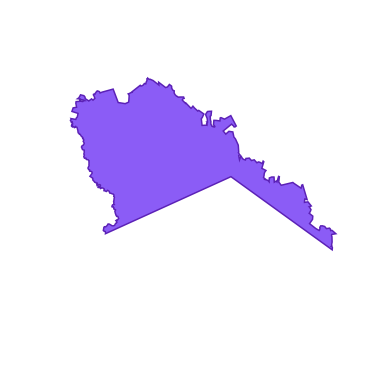 La Trinitaria, Chiapas, Mexico (orthographic projection), rotated 36°
{"feature_id": "50627088B54619766562201", "entity_name": "La Trinitaria", "entity_type": "district", "adm_level": 2, "iso_a3": "MEX", "parent_name": "Mexico", "parent_adm1": "Chiapas", "projection": "orthographic", "projection_center": [-91.937, 15.979], "detail": "fine", "context": "isolated", "style": "filled", "palette": "violet", "viewbox_px": 384, "rotation_deg": 36, "n_neighbors": 0, "source": "geoboundaries", "source_scale": "gbopen_adm2", "svg_char_len": 5898}
<svg xmlns="http://www.w3.org/2000/svg" viewBox="0 0 384 384"><g transform="rotate(36 192 192)"><path d="M291.6,131.8L289.1,134.3L287.6,131.9L287.4,131.2L289.6,130.5L277.3,121.1L276.7,122.1L277.1,122.5L277.9,124.8L269.0,125.1L268.0,125.0L260.2,134.1L256.4,133.0L253.7,128.3L252.9,128.5L254.8,133.9L253.7,133.6L252.8,135.7L249.6,131.7L248.9,132.1L247.4,133.3L247.0,134.2L246.3,135.1L247.6,137.3L248.4,138.4L246.5,138.0L243.6,139.0L243.8,138.4L241.4,138.3L240.5,136.1L239.8,135.0L239.3,133.7L239.2,133.0L239.2,131.1L234.6,131.8L232.3,125.3L231.4,125.2L232.1,127.7L229.3,128.1L228.1,128.6L227.3,130.2L223.4,129.4L221.6,131.6L218.4,130.9L216.8,132.4L215.9,133.1L216.4,134.7L215.3,135.1L214.2,135.3L212.9,135.2L212.0,134.7L210.3,134.1L211.5,138.0L208.4,135.1L208.8,133.9L206.4,132.9L206.4,132.3L201.9,126.9L196.3,123.7L195.5,123.4L193.6,122.9L189.7,119.4L186.2,121.2L185.3,125.3L181.4,124.3L184.1,113.9L187.0,114.2L187.5,114.6L188.5,114.2L189.0,112.6L178.5,107.4L175.5,113.9L171.7,114.8L171.3,115.5L172.8,118.1L169.4,119.9L167.6,121.2L169.9,125.1L170.6,125.1L171.9,125.5L172.1,125.9L171.9,126.3L169.6,127.1L167.4,126.0L166.6,125.0L165.9,123.9L164.5,122.8L162.2,120.0L162.5,119.0L160.3,115.2L158.5,116.6L157.2,117.8L157.4,121.3L161.2,123.7L163.3,126.2L163.1,126.4L163.3,126.4L163.5,126.6L163.4,126.9L163.2,127.0L163.3,127.2L163.7,127.1L164.1,128.2L163.9,128.3L164.0,128.4L164.6,128.7L164.5,129.0L164.8,129.3L164.3,129.5L161.0,132.2L156.5,127.3L156.5,125.5L155.7,121.9L149.5,122.0L149.1,123.1L144.7,122.6L142.3,122.0L142.2,123.0L142.3,123.4L142.0,124.9L134.7,123.6L134.7,124.1L130.3,123.4L129.9,122.9L129.9,122.6L130.1,121.5L130.6,120.9L129.4,120.1L126.1,122.5L125.8,123.0L125.5,123.0L125.1,123.4L123.8,123.3L123.4,123.6L121.0,123.2L119.8,122.6L119.3,122.3L118.8,121.6L118.2,120.6L116.8,120.9L114.4,119.9L114.2,119.4L113.4,118.5L113.1,118.3L110.5,118.3L110.4,121.4L109.3,123.0L100.5,122.8L101.8,124.5L102.2,124.9L95.0,124.7L91.8,125.4L91.8,125.6L91.6,125.8L90.9,126.1L89.2,125.9L89.3,126.2L89.0,127.0L89.7,127.7L90.0,128.3L90.2,128.9L90.3,129.9L91.0,131.7L89.7,132.2L89.7,133.5L89.6,134.4L89.1,135.5L88.4,136.3L87.4,136.1L84.5,146.4L84.9,146.6L84.4,147.1L83.3,149.3L82.7,150.1L84.4,150.8L87.0,154.9L87.9,156.6L86.0,159.8L79.7,163.0L67.7,155.1L60.6,164.0L59.4,165.9L58.4,165.3L57.8,165.3L57.3,165.3L56.5,165.8L55.9,165.9L55.7,167.5L55.8,168.4L55.6,169.6L55.9,169.9L54.9,170.8L55.1,171.4L56.1,171.8L58.4,173.3L57.9,175.9L56.0,175.7L55.0,179.0L51.2,179.2L50.5,179.0L49.7,178.1L47.9,177.6L44.7,178.9L45.0,181.0L45.1,182.3L44.6,183.8L46.8,182.5L47.0,182.9L46.8,183.2L47.3,183.8L48.0,182.4L50.7,181.1L51.6,181.1L50.7,181.9L50.5,183.0L48.6,184.0L45.1,187.0L45.8,188.4L48.8,191.3L46.4,193.8L47.5,197.4L53.6,195.4L55.1,198.7L54.9,200.1L55.3,201.6L51.0,203.7L51.2,203.8L51.5,203.8L51.5,205.3L51.7,205.7L52.8,206.0L53.1,206.2L53.9,205.7L54.0,205.9L53.9,206.6L54.7,206.4L55.0,206.6L55.3,207.0L55.1,207.9L55.4,208.1L55.8,207.9L55.9,208.0L56.1,208.7L55.9,208.8L55.5,208.4L55.3,208.6L55.5,209.1L55.8,209.2L55.7,209.4L55.8,209.5L56.7,209.2L56.8,209.4L56.8,209.6L57.1,209.6L57.5,209.5L57.6,208.9L59.0,208.7L59.0,208.4L59.1,208.1L59.3,208.6L60.0,207.6L60.5,207.3L61.0,207.3L63.1,209.0L63.8,209.6L64.5,210.5L65.4,211.1L66.3,211.0L67.0,211.5L67.6,211.1L70.1,212.1L70.5,212.0L71.6,212.1L72.2,213.1L72.9,212.9L73.7,213.4L74.0,213.8L74.2,215.0L75.6,215.5L76.4,216.3L76.4,216.7L76.3,217.2L76.5,217.9L76.5,218.2L75.9,219.1L76.1,220.6L76.6,220.7L77.1,221.2L78.4,222.0L78.6,221.9L79.2,221.9L80.2,221.5L80.7,222.1L80.8,222.5L81.4,223.0L82.2,224.9L83.2,225.3L83.6,226.9L84.7,227.7L85.3,227.8L85.9,227.2L86.2,227.0L86.6,227.1L87.1,227.7L87.4,227.7L87.6,227.7L89.0,227.0L90.5,227.3L90.7,227.8L90.8,228.2L91.5,228.8L92.5,230.4L93.2,231.1L93.6,233.2L93.7,233.6L94.0,234.0L95.2,234.6L95.5,234.5L95.8,234.3L96.2,234.3L96.7,235.1L97.2,235.3L97.8,234.8L98.9,234.5L99.5,234.8L99.9,235.3L100.2,235.6L100.2,239.3L103.6,239.2L104.8,240.6L106.9,241.0L107.6,241.3L108.7,240.8L109.4,241.1L110.0,240.5L110.3,240.5L110.8,241.1L110.5,241.3L110.5,241.8L111.0,242.3L111.5,242.6L111.9,241.5L112.7,240.5L113.2,240.2L113.9,240.3L114.4,241.0L114.4,241.3L113.2,242.4L113.1,243.4L113.5,243.5L114.8,242.3L115.8,243.0L116.0,243.0L116.3,242.4L116.1,242.0L117.3,241.3L118.3,241.1L118.9,241.1L119.6,241.5L119.6,242.1L120.0,242.7L121.3,242.1L122.0,242.1L122.5,241.9L122.6,241.7L122.6,240.4L123.0,240.2L124.3,240.1L125.0,240.3L125.4,240.8L126.1,241.2L126.4,241.1L127.1,240.7L128.6,240.4L129.6,240.0L130.4,240.2L131.0,240.8L131.3,241.6L131.8,241.6L132.3,241.8L133.1,243.7L133.6,244.2L134.1,245.7L134.4,245.8L134.9,246.2L135.0,246.7L135.3,247.1L136.0,247.8L136.4,247.9L135.4,248.9L135.3,249.2L135.5,250.3L135.9,251.0L136.4,250.9L137.1,250.5L137.2,250.3L138.1,250.7L138.5,251.5L138.8,251.7L139.4,251.6L140.5,251.3L140.7,251.6L140.9,251.9L140.8,252.8L142.5,254.3L144.1,255.4L144.4,255.6L144.6,255.5L145.4,256.0L145.9,255.5L146.3,255.4L147.8,256.3L148.3,256.7L148.1,258.0L148.2,258.4L147.6,258.8L147.8,259.1L147.3,259.6L147.2,259.9L147.8,260.0L148.2,259.9L148.4,260.2L149.0,260.7L148.8,261.1L149.1,261.6L148.8,262.3L148.7,262.8L148.9,263.9L148.9,264.5L148.7,265.0L148.1,265.7L147.2,266.3L145.3,266.4L143.5,266.7L143.4,267.0L142.8,267.5L143.0,268.1L143.0,269.3L142.8,269.9L142.7,270.8L142.5,271.0L141.6,271.5L141.5,272.0L141.5,272.4L142.9,275.3L143.6,275.4L144.6,275.1L145.1,275.0L146.0,275.8L146.5,276.6L214.5,156.7L339.4,156.4L338.3,154.5L337.2,153.8L336.5,154.1L336.5,153.0L335.8,152.4L334.8,150.2L331.5,145.9L330.7,145.5L330.0,144.3L330.0,144.2L332.9,141.2L328.7,140.8L327.7,140.8L326.9,141.7L325.6,140.6L324.5,140.4L322.3,142.6L319.6,141.9L317.4,142.7L316.0,143.8L316.2,144.9L316.1,145.3L316.2,145.6L317.0,146.3L317.3,147.5L317.5,147.6L317.5,148.4L313.6,148.8L305.7,148.5L305.6,143.3L303.9,140.5L299.3,140.3L299.4,139.6L299.2,138.9L299.1,137.9L298.6,136.3L295.8,135.1L295.5,135.1L296.7,133.2L291.6,131.8Z" fill="#8b5cf6" stroke="#5b21b6" stroke-width="1.5"/></g></svg>